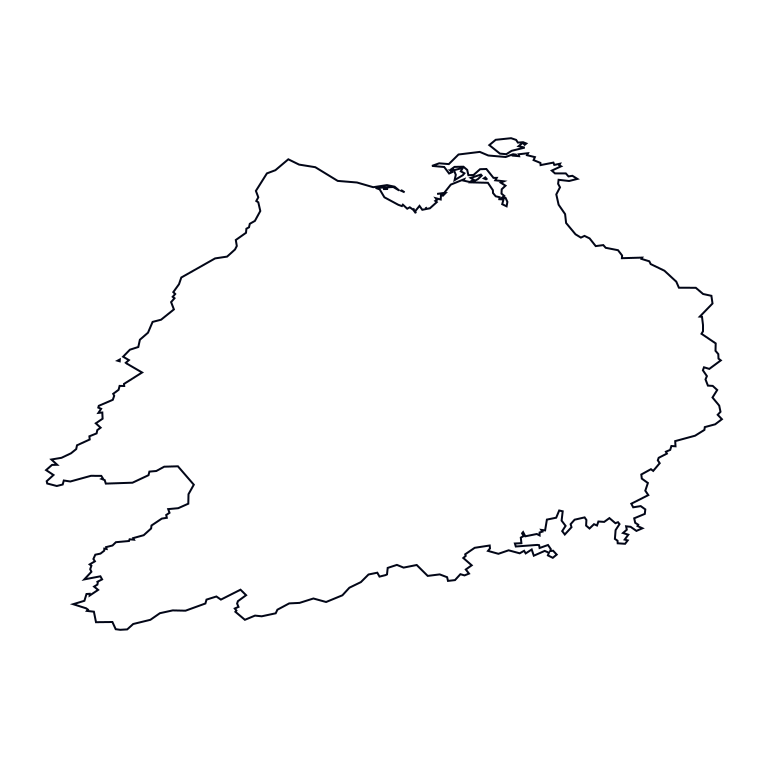 Ennistimon Lea-4, Clare, Ireland
{"feature_id": "5873133B68826952408481", "entity_name": "Ennistimon Lea-4", "entity_type": "district", "adm_level": 2, "iso_a3": "IRL", "parent_name": "Ireland", "parent_adm1": "Clare", "projection": "natural_earth1", "projection_center": [-9.187, 53.0], "detail": "fine", "context": "isolated", "style": "outline", "palette": "ink", "viewbox_px": 768, "rotation_deg": 0, "n_neighbors": 0, "source": "geoboundaries", "source_scale": "gbopen_adm2", "svg_char_len": 6063}
<svg xmlns="http://www.w3.org/2000/svg" viewBox="0 0 768 768"><path d="M577.4,178.9L572.4,175.8L568.5,176.4L565.8,173.4L555.0,173.4L551.8,170.6L561.1,166.3L559.3,165.3L560.1,163.7L554.3,164.9L553.4,162.6L540.6,165.1L540.4,162.9L533.6,160.1L534.9,157.1L527.0,155.2L528.0,153.2L518.5,154.3L519.1,156.2L512.6,155.6L512.6,154.4L505.7,157.0L488.3,155.5L479.8,151.9L458.5,154.5L448.8,164.1L439.2,163.3L432.0,165.9L444.2,167.0L449.1,173.5L452.0,172.2L450.6,170.8L452.3,171.1L452.9,169.3L451.6,169.0L454.5,166.9L463.4,166.7L467.2,169.9L468.4,175.2L473.5,175.0L480.1,169.2L486.4,169.0L493.5,177.9L496.7,177.9L495.3,180.3L503.9,181.3L500.8,182.7L505.5,185.7L501.7,189.3L501.5,193.6L504.3,196.0L502.0,197.7L505.6,198.0L507.4,201.9L506.6,206.3L502.2,204.2L503.5,199.5L499.3,199.2L499.6,197.2L495.7,196.3L493.0,193.0L492.9,190.2L487.9,182.8L471.8,182.4L477.8,179.2L481.7,175.6L480.9,174.6L470.7,177.9L473.7,179.8L469.7,182.0L463.5,180.6L464.2,179.2L450.8,184.6L444.2,192.9L437.1,193.9L445.4,193.2L442.9,195.7L441.0,194.7L440.7,199.5L435.7,198.2L436.9,199.9L435.3,200.9L436.8,202.1L429.9,208.3L426.7,208.9L425.6,207.1L426.7,208.9L422.3,209.8L419.5,205.9L415.3,211.1L415.8,213.2L413.2,209.7L414.5,208.6L413.0,209.6L409.8,207.3L407.2,208.7L402.9,204.7L401.9,206.1L398.3,204.8L384.4,197.3L379.7,189.4L375.6,187.9L393.3,187.0L399.2,190.5L394.6,186.7L387.0,185.1L373.2,187.2L357.0,182.5L337.7,180.9L315.3,167.2L299.1,164.6L288.3,159.3L275.4,170.2L266.9,173.4L255.9,190.9L258.3,197.3L256.3,201.0L258.3,202.3L260.3,211.0L254.9,220.9L249.8,223.8L249.0,227.3L246.4,228.7L246.0,232.8L235.8,240.0L236.8,246.0L235.0,249.5L227.1,256.6L215.1,258.4L181.3,277.5L179.0,284.2L173.3,292.1L175.2,294.0L172.7,296.8L174.5,298.2L171.1,302.1L173.9,309.4L161.1,319.7L152.6,321.9L148.0,332.7L139.9,339.7L138.3,347.0L129.9,349.7L123.1,356.7L128.9,360.1L125.8,362.8L126.8,363.6L142.1,372.5L124.0,383.9L124.2,386.0L119.6,385.9L118.6,389.8L113.2,393.8L114.2,395.8L112.8,399.8L98.8,405.8L98.3,407.6L101.1,408.8L98.4,412.9L102.3,412.5L102.6,418.7L95.8,423.3L100.6,427.7L97.3,430.1L96.6,433.4L89.4,436.3L89.7,439.5L77.0,445.3L76.2,449.1L71.0,453.3L61.5,457.8L51.4,459.5L57.2,464.8L52.0,464.9L46.1,470.1L53.5,475.0L46.7,481.2L47.2,483.5L56.8,486.0L62.7,484.5L63.8,480.5L70.3,481.5L91.0,475.8L101.3,475.9L102.8,478.3L101.6,478.9L104.7,480.1L105.8,483.6L132.5,482.7L148.5,475.2L149.4,471.6L156.3,471.0L164.2,466.7L177.9,466.3L193.8,484.7L188.5,494.2L188.3,503.7L178.2,508.2L168.2,509.1L169.5,512.8L166.2,515.0L166.8,517.8L161.8,518.6L151.5,525.5L151.1,528.5L143.7,535.2L133.2,538.1L134.0,539.7L129.6,539.3L129.0,541.0L115.9,542.2L112.5,545.5L106.1,547.1L106.6,549.0L104.3,548.6L104.2,550.7L100.5,553.6L95.3,554.7L93.4,559.0L94.9,561.3L89.7,564.4L91.4,565.7L90.2,569.2L91.4,571.8L84.3,579.4L100.4,576.3L102.1,579.4L96.6,582.2L97.9,581.9L97.4,584.6L94.1,586.6L98.1,589.9L89.6,595.6L89.7,593.8L86.5,594.0L84.4,600.8L73.2,604.2L86.1,608.3L87.9,609.6L86.9,610.9L93.9,611.7L96.0,622.2L112.4,622.0L115.7,629.2L120.2,629.8L127.2,629.4L133.2,624.0L150.4,619.8L159.9,613.2L172.7,610.4L185.5,610.7L205.4,603.5L206.5,599.6L216.4,596.5L220.9,599.6L240.5,589.7L246.1,595.2L237.9,601.2L237.1,603.6L238.5,606.9L234.8,608.5L236.4,610.6L235.4,611.8L244.9,619.8L255.0,615.6L261.7,616.3L275.7,613.3L277.4,609.7L289.2,603.4L299.5,602.9L313.4,598.5L326.1,602.0L342.4,595.3L349.4,587.7L360.9,582.1L368.5,574.5L377.3,572.7L379.5,576.6L385.6,575.1L387.0,574.4L387.7,567.9L396.9,564.9L403.6,567.6L416.7,565.0L427.7,575.9L439.7,574.4L447.1,577.2L448.0,580.9L455.0,580.1L460.4,574.2L464.5,575.4L469.0,573.6L465.8,569.5L471.7,565.3L463.3,558.0L465.7,555.9L465.2,554.3L474.7,547.8L489.7,545.5L490.0,548.4L488.0,550.9L498.4,553.8L508.6,550.3L519.7,553.3L524.1,550.8L525.7,553.4L531.7,549.5L533.8,555.7L544.7,550.9L548.9,552.7L547.9,555.4L552.8,557.8L556.7,554.6L553.1,550.7L550.2,551.1L550.8,549.1L548.0,545.0L539.6,548.0L539.1,545.2L537.4,544.9L515.8,546.5L514.9,543.5L521.4,543.2L520.8,537.6L523.6,536.1L522.1,533.3L523.1,532.1L525.3,536.3L536.8,534.0L539.6,535.4L539.6,532.5L542.4,531.6L541.3,529.9L545.1,530.4L546.9,519.6L556.2,517.7L559.2,510.5L562.7,511.3L561.6,520.6L565.6,525.9L562.2,531.1L564.8,534.5L571.5,527.2L570.6,524.2L574.6,519.7L584.6,517.4L586.4,520.0L586.1,525.6L589.5,528.5L594.0,524.2L597.0,525.5L598.4,521.5L604.2,521.9L609.4,518.1L615.4,523.2L618.0,522.2L619.5,524.1L615.6,530.1L614.9,538.9L617.5,540.7L617.7,543.3L625.1,543.8L627.7,540.4L624.7,539.6L628.3,534.7L623.0,533.0L626.8,529.7L626.1,526.3L630.6,526.8L636.4,530.9L642.4,528.3L637.5,526.0L638.2,524.7L635.2,522.8L634.2,518.3L644.8,513.9L645.3,509.4L640.7,506.1L633.2,507.3L631.3,503.7L648.3,495.1L645.3,490.7L647.9,483.0L641.8,478.6L641.3,474.5L650.9,469.2L653.2,470.9L659.7,463.2L657.8,460.3L658.7,457.8L666.9,453.6L665.9,451.7L670.2,449.9L671.4,446.0L675.5,446.3L675.2,441.1L695.1,435.7L704.4,429.9L704.8,427.1L715.2,424.3L721.9,419.2L717.7,414.8L720.5,411.8L719.2,405.6L712.5,397.5L717.2,390.0L712.7,385.9L707.9,385.6L705.5,379.4L706.9,376.1L702.9,370.3L704.0,367.3L709.3,368.9L720.8,360.4L718.5,358.6L718.3,354.1L715.5,350.8L715.7,343.4L701.5,333.8L703.0,331.3L703.0,325.0L702.0,316.8L699.8,316.6L712.5,303.5L711.4,295.8L703.1,294.0L695.8,287.8L678.9,287.7L676.3,281.7L664.4,270.7L650.7,264.1L649.3,261.3L641.5,258.9L642.2,257.6L621.9,258.2L622.1,255.5L618.0,250.2L605.7,247.8L603.3,245.1L595.7,246.1L589.6,238.4L584.5,235.9L580.9,237.6L575.5,234.3L566.1,223.0L565.1,214.1L558.6,204.7L556.3,194.4L560.0,187.3L558.1,183.8L558.6,179.8L569.1,181.0L577.4,178.9ZM526.3,143.5L523.1,142.2L517.9,142.6L516.1,139.9L511.1,138.2L495.7,139.8L489.3,145.1L499.9,153.6L506.3,154.2L511.7,150.8L524.7,147.6L518.6,146.2L522.7,142.8L524.7,144.8L526.3,143.5ZM464.4,173.3L460.8,171.3L462.8,167.9L453.9,170.2L455.8,174.8L454.6,180.1L462.8,175.2L464.4,173.3ZM385.8,188.3L383.1,189.1L388.0,189.0L385.8,188.3ZM119.8,359.5L117.6,360.7L119.7,361.3L119.8,359.5ZM483.9,178.4L486.0,179.3L486.6,178.9L485.3,177.4L483.9,178.4ZM516.7,154.8L514.5,154.4L513.6,154.7L514.9,155.3L516.7,154.8ZM404.6,192.3L401.7,190.4L401.1,190.7L404.6,192.3Z" fill="none" stroke="#020617" stroke-width="2"/></svg>